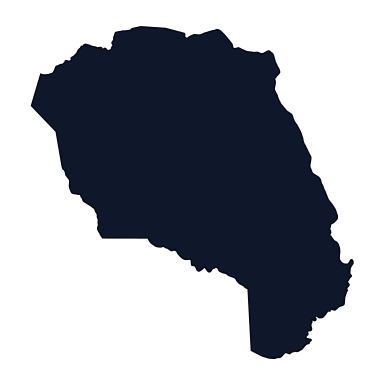 outline of Esquipulas del Norte, Olancho, Honduras, rotated 92°
{"feature_id": "27666195B82865348656076", "entity_name": "Esquipulas del Norte", "entity_type": "district", "adm_level": 2, "iso_a3": "HND", "parent_name": "Honduras", "parent_adm1": "Olancho", "projection": "albers", "projection_center": [-86.526, 15.273], "detail": "fine", "context": "isolated", "style": "filled", "palette": "ink", "viewbox_px": 384, "rotation_deg": 92, "n_neighbors": 0, "source": "geoboundaries", "source_scale": "gbopen_adm2", "svg_char_len": 5809}
<svg xmlns="http://www.w3.org/2000/svg" viewBox="0 0 384 384"><g transform="rotate(92 192 192)"><path d="M240.9,279.7L239.4,234.0L240.3,233.9L243.5,231.9L244.5,230.8L247.2,226.6L247.8,224.5L248.0,222.8L247.9,220.9L247.3,219.3L247.3,218.1L248.4,216.6L249.1,213.9L250.0,212.9L251.3,210.7L251.1,209.5L250.5,208.2L250.8,206.7L251.5,205.2L252.0,204.9L253.0,204.5L254.2,203.7L256.5,201.5L258.0,199.8L258.5,199.0L259.3,197.4L259.5,196.4L259.5,195.0L259.1,192.1L259.4,190.7L260.2,190.3L263.7,190.0L265.1,189.6L265.3,188.9L265.4,187.4L265.6,186.5L267.4,185.2L269.9,184.0L270.6,183.0L270.7,182.0L270.0,180.8L268.6,179.1L266.9,177.5L266.5,176.8L267.0,176.2L269.9,173.9L270.9,173.0L271.2,172.3L271.1,171.6L270.9,171.0L270.4,170.5L269.8,170.1L269.0,169.8L267.6,168.7L267.0,166.6L266.3,166.0L266.1,165.3L266.6,164.2L267.4,163.1L269.6,162.2L270.3,161.4L271.5,158.2L271.8,156.6L272.3,154.6L274.0,152.6L275.9,146.9L276.4,145.8L277.0,145.2L279.1,144.0L281.4,141.8L282.5,139.9L283.7,137.3L285.2,135.7L286.0,134.4L286.4,133.5L286.6,132.5L348.2,127.1L353.1,116.7L353.7,114.8L355.1,109.5L355.3,107.1L355.3,103.4L354.3,100.9L354.2,98.8L354.0,98.1L352.5,96.3L350.0,94.4L349.2,93.2L349.1,92.3L349.6,90.4L350.0,89.4L350.1,88.7L348.5,86.8L347.9,85.0L347.3,83.8L347.7,82.0L347.4,80.4L345.2,76.7L342.3,74.5L340.0,72.4L339.7,71.8L339.4,70.3L339.1,69.8L338.6,69.6L337.9,69.6L337.4,69.5L336.4,68.1L336.0,67.8L335.4,67.9L335.1,68.5L335.0,69.8L334.8,70.3L334.7,71.7L334.5,72.6L333.9,73.0L332.6,73.1L331.7,72.8L330.8,71.6L330.1,71.2L329.5,71.2L327.9,72.0L327.4,71.8L326.8,71.1L326.2,68.6L325.9,68.2L325.4,67.9L324.4,67.8L321.4,68.7L319.6,68.5L317.4,67.7L315.8,68.1L315.5,68.0L315.4,67.8L315.4,67.3L316.0,65.8L316.2,65.1L316.1,64.5L315.9,64.1L315.3,63.7L314.6,63.7L313.9,64.0L313.1,64.7L312.6,64.8L311.9,64.5L311.5,64.0L311.6,62.8L312.8,61.2L313.1,60.6L313.1,58.7L312.7,57.2L311.1,55.6L309.5,54.4L307.4,53.0L306.2,52.5L305.5,52.0L305.5,51.7L306.3,51.0L306.1,50.0L304.5,49.0L304.1,48.5L304.9,46.1L304.9,45.0L303.9,43.8L302.1,42.0L301.3,41.3L300.0,37.6L299.5,36.8L298.8,36.2L297.1,36.0L295.7,36.0L291.7,35.8L290.4,35.3L289.0,35.1L288.2,34.6L286.5,34.4L285.1,33.4L283.4,34.1L282.9,34.1L281.7,33.4L280.8,32.6L279.6,31.9L279.1,31.8L278.8,31.9L277.0,33.6L275.9,33.4L275.0,33.0L273.9,32.3L272.6,31.8L271.8,31.2L271.1,30.3L270.4,29.9L269.7,30.1L268.5,31.3L267.8,31.5L266.7,31.6L262.7,31.3L261.3,30.8L257.9,28.8L257.4,28.6L256.3,28.7L255.2,29.0L254.6,29.4L254.2,29.9L254.2,30.5L254.8,31.1L256.2,31.8L258.1,33.0L258.7,33.8L258.9,35.0L258.8,37.2L258.4,38.6L257.9,39.4L257.0,40.5L255.0,42.1L253.8,42.6L251.2,42.7L247.0,42.4L245.0,42.5L242.9,42.8L239.4,44.1L238.2,44.8L237.2,45.7L236.0,48.0L235.4,48.8L233.6,50.1L232.4,51.2L231.4,51.7L231.0,52.5L230.5,53.0L229.6,52.9L228.5,52.3L227.4,52.0L226.2,52.3L224.6,53.1L223.7,53.3L221.8,52.6L219.5,52.4L219.1,52.1L218.0,50.2L217.1,48.9L214.5,46.7L213.5,46.1L212.5,45.9L211.4,45.9L209.7,46.3L207.9,47.1L206.0,47.7L203.7,48.8L199.1,52.1L195.9,54.9L194.2,56.0L190.2,57.7L187.9,58.7L184.4,60.5L181.1,61.8L178.9,63.1L175.9,64.0L174.7,64.5L173.6,65.3L172.8,66.1L170.1,70.9L169.1,72.2L168.4,72.8L165.4,74.0L163.4,75.0L161.3,75.3L155.1,74.5L153.6,74.5L152.8,74.6L148.1,77.3L145.2,78.7L143.8,79.6L141.8,80.5L139.9,81.8L137.5,82.7L134.5,83.4L129.0,85.4L126.8,86.5L121.7,89.5L118.0,92.3L114.4,93.8L112.2,94.6L111.4,95.1L110.7,95.8L107.7,100.5L103.3,104.3L101.3,106.2L97.1,108.6L93.9,110.0L92.6,110.3L87.0,113.4L86.0,113.5L80.2,112.7L78.4,112.8L76.4,113.5L75.8,113.5L74.0,112.1L73.0,111.6L72.0,110.5L70.1,109.0L69.5,108.7L68.8,108.7L66.4,109.4L65.3,110.0L63.9,111.1L61.8,112.0L59.3,113.4L52.4,115.5L50.9,116.4L50.4,117.1L50.3,117.6L49.7,118.1L48.7,119.3L48.4,120.0L48.5,121.0L51.0,125.2L51.4,126.3L51.5,127.1L51.4,128.1L50.2,131.4L50.6,135.3L50.3,137.2L50.0,141.4L49.5,143.3L48.5,145.5L48.1,146.7L46.8,149.4L46.4,150.4L46.5,151.3L47.3,153.7L47.4,154.6L47.2,155.4L46.8,155.9L46.1,156.4L43.1,157.2L42.4,157.6L36.1,163.1L33.8,165.2L30.3,169.0L29.4,170.4L29.0,171.6L29.0,173.2L30.0,175.4L30.3,177.6L30.8,178.5L31.3,180.5L32.2,182.5L32.7,184.6L34.5,188.2L34.9,189.5L35.0,191.3L34.8,193.2L34.8,195.5L36.2,198.5L37.7,200.9L38.6,201.9L38.7,202.9L37.7,204.4L37.3,204.8L36.7,205.0L35.0,204.8L34.4,204.9L33.8,205.4L29.5,224.4L28.7,249.1L30.9,257.6L32.0,258.5L32.5,259.1L33.0,261.3L33.4,263.8L33.7,267.3L34.2,268.7L34.8,272.2L35.2,273.4L35.6,274.0L35.9,274.2L38.0,274.7L40.0,275.5L42.0,275.4L42.7,275.5L45.5,277.1L46.0,277.1L47.7,276.0L48.3,275.9L50.1,277.1L51.1,277.2L52.0,277.5L52.6,278.0L53.0,278.6L53.7,280.4L53.6,281.6L53.4,282.1L52.0,283.0L51.7,283.5L51.5,284.0L51.7,284.7L52.5,285.8L52.8,286.5L52.5,286.9L51.2,287.4L50.9,288.0L50.8,289.0L51.2,291.3L51.2,291.9L50.5,293.8L50.3,296.3L49.6,298.1L48.8,300.5L48.6,301.9L48.2,302.9L48.2,303.7L48.5,304.6L49.1,305.4L50.1,305.9L50.3,306.6L50.3,307.4L50.5,307.7L52.4,308.6L52.9,309.4L53.5,310.0L55.5,311.2L56.6,311.5L57.7,312.2L60.3,314.6L61.3,316.0L62.0,317.2L62.5,317.4L64.8,317.1L65.2,317.9L65.8,319.5L65.8,320.0L65.1,321.7L65.4,323.1L66.3,323.3L66.9,323.6L68.8,325.4L69.0,325.9L69.4,328.2L70.4,329.6L71.2,332.0L72.1,332.5L76.6,334.1L78.5,335.7L79.7,339.6L80.2,342.7L80.2,345.5L79.5,347.2L111.3,355.4L136.3,329.8L170.9,322.6L173.4,321.7L174.3,320.3L174.9,319.9L177.1,319.0L178.5,318.8L179.7,318.3L183.0,315.5L184.4,314.7L184.9,314.6L187.5,314.5L190.2,314.7L192.3,314.2L195.1,313.1L196.6,312.2L197.2,311.5L197.2,310.8L197.7,309.5L197.8,307.2L198.2,305.8L198.1,303.9L198.3,303.4L198.6,303.2L200.9,302.4L201.9,301.3L204.2,300.5L205.0,300.0L209.5,292.1L211.0,290.2L211.9,288.6L213.8,288.0L215.4,287.2L216.4,286.4L217.7,285.7L219.9,285.7L220.7,285.5L223.1,284.5L224.4,284.6L225.4,284.5L226.1,284.7L227.0,284.4L228.6,284.2L229.2,284.3L229.9,284.7L231.8,285.0L232.5,284.9L234.9,283.6L235.6,283.0L235.9,282.7L237.5,282.1L240.9,279.7Z" fill="#0f172a" stroke="#020617" stroke-width="1.5"/></g></svg>